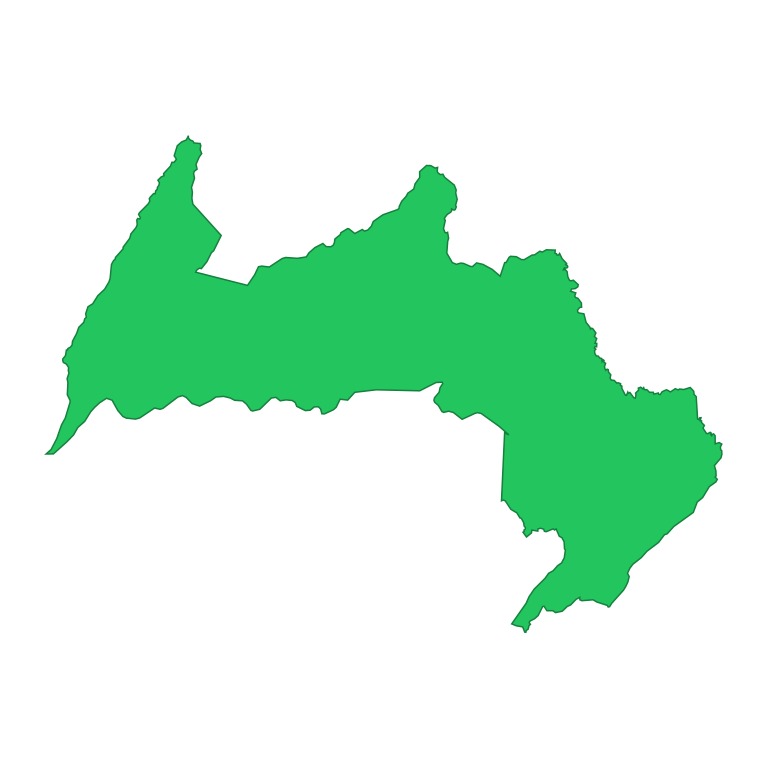 Diamantino, Mato Grosso, Brazil
{"feature_id": "56859067B68124808583770", "entity_name": "Diamantino", "entity_type": "district", "adm_level": 2, "iso_a3": "BRA", "parent_name": "Brazil", "parent_adm1": "Mato Grosso", "projection": "natural_earth1", "projection_center": [-56.801, -14.136], "detail": "fine", "context": "isolated", "style": "filled", "palette": "green", "viewbox_px": 768, "rotation_deg": 0, "n_neighbors": 0, "source": "geoboundaries", "source_scale": "gbopen_adm2", "svg_char_len": 6091}
<svg xmlns="http://www.w3.org/2000/svg" viewBox="0 0 768 768"><path d="M530.0,621.1L534.6,618.7L538.1,615.6L542.7,606.5L544.1,606.3L546.9,610.7L552.8,610.7L555.5,612.6L562.3,611.2L567.2,606.5L570.7,604.9L576.1,599.3L579.8,597.3L579.9,599.8L581.8,600.7L593.1,599.8L596.8,602.0L607.3,605.4L608.2,607.0L609.6,606.7L611.7,603.3L623.4,590.3L625.7,586.6L627.8,582.2L629.2,576.6L627.5,573.3L629.9,568.2L632.8,564.3L641.2,557.7L647.0,551.2L658.6,542.4L664.5,534.7L667.2,533.8L673.8,526.5L693.3,512.4L697.2,502.1L702.7,497.5L709.3,486.6L715.9,481.9L717.3,479.3L715.1,477.1L716.1,475.9L715.9,470.8L714.4,465.6L721.0,457.8L721.9,454.3L721.7,450.6L720.7,449.8L720.4,446.9L721.8,444.1L719.2,442.6L715.2,443.8L715.1,435.6L713.6,433.9L712.2,434.4L711.7,435.7L710.7,434.5L711.2,433.1L710.1,432.3L707.7,433.7L706.4,433.3L703.0,428.2L704.4,425.4L701.6,422.6L701.5,420.8L700.1,420.8L701.0,417.7L699.7,417.8L698.7,419.5L697.6,419.1L696.2,396.6L694.1,394.5L693.7,391.2L690.2,387.5L683.8,389.5L679.5,389.0L678.2,389.9L675.3,388.7L670.5,391.9L666.7,389.8L665.1,390.3L662.1,391.8L660.2,394.6L658.7,394.3L658.3,393.0L653.9,394.1L653.3,392.3L649.5,392.3L646.9,389.7L644.4,389.7L643.7,387.7L642.8,388.8L640.7,387.2L638.3,388.1L638.6,390.1L635.5,393.2L636.0,394.9L635.3,398.2L633.9,397.9L629.9,392.5L628.3,393.3L627.8,392.1L626.5,395.3L625.4,395.2L621.8,388.3L621.9,386.1L620.4,385.3L620.6,383.7L618.1,382.7L616.9,383.2L614.2,380.4L611.3,380.1L610.1,378.1L610.8,374.8L608.6,372.2L608.2,369.6L607.1,369.2L605.7,370.2L605.0,368.8L604.5,366.7L605.6,363.3L603.9,362.2L604.0,360.4L603.1,359.8L602.1,361.4L601.7,358.5L599.7,358.0L598.2,356.1L596.3,355.9L594.8,353.5L594.6,350.5L595.8,349.2L594.3,347.9L594.9,346.7L596.6,346.8L596.8,343.4L595.0,343.2L596.7,338.6L594.4,336.4L595.9,333.0L592.8,328.7L591.7,328.2L590.4,329.1L590.0,327.3L586.1,322.4L583.9,313.8L579.0,313.0L577.7,312.0L577.6,310.0L579.7,307.5L581.6,307.2L581.4,303.0L577.9,298.3L575.5,297.5L574.7,296.0L575.8,292.9L570.6,291.2L571.6,289.0L575.3,288.6L577.9,286.7L578.2,284.6L573.3,280.2L570.6,280.9L569.3,280.0L567.8,276.7L567.1,271.6L565.2,269.4L563.5,269.8L564.3,268.0L567.0,267.9L567.8,266.9L567.3,265.4L565.7,264.8L566.6,263.5L562.1,258.7L559.6,253.5L558.6,255.0L557.1,255.1L556.5,253.8L554.9,253.2L555.3,250.1L546.3,249.8L542.3,252.1L539.9,251.2L534.5,254.9L532.0,255.1L524.3,259.6L521.5,259.6L516.3,256.7L510.5,256.3L509.1,257.3L506.1,262.5L504.7,262.6L500.2,276.2L492.2,269.4L483.0,264.4L476.6,262.9L472.6,266.5L470.6,266.5L463.5,263.4L460.7,263.1L456.4,264.3L452.3,262.6L446.8,253.1L447.7,241.3L448.6,238.3L447.6,232.3L446.1,233.0L444.9,232.3L443.5,228.6L445.3,220.3L444.4,218.9L444.9,217.5L447.4,214.3L450.7,212.2L451.7,210.7L451.6,209.0L454.1,210.1L455.2,209.6L456.3,206.9L455.6,205.2L457.2,199.4L455.7,193.0L456.2,190.0L454.3,185.1L444.7,177.4L442.9,174.2L440.3,174.6L437.8,172.7L437.2,171.0L437.6,167.4L435.1,168.1L430.8,165.6L426.5,165.5L419.6,171.7L419.7,177.5L415.1,183.8L413.7,189.1L407.8,193.2L406.2,196.3L401.7,201.3L399.2,206.5L399.1,208.2L397.8,209.5L382.9,214.8L380.1,216.7L373.3,221.5L371.4,226.2L367.7,230.1L364.5,231.1L362.3,229.5L354.8,233.5L349.0,228.9L347.6,228.6L340.9,232.7L340.3,234.6L334.9,239.0L334.3,243.0L333.2,245.2L330.9,246.8L326.1,246.6L322.9,243.5L314.9,247.6L308.9,252.9L306.3,256.9L297.4,258.3L285.7,257.5L282.2,258.5L269.3,267.0L261.8,266.1L258.5,266.7L254.6,274.9L247.5,285.4L195.7,272.2L196.5,270.3L199.2,268.2L201.4,268.6L206.9,261.7L211.4,252.7L213.7,250.7L221.2,235.5L192.9,204.2L191.9,198.5L192.4,192.1L191.5,187.4L194.5,178.3L193.6,173.3L194.3,171.2L197.1,169.2L196.0,164.4L199.3,156.8L201.7,153.6L200.1,149.4L200.8,145.7L200.1,143.5L194.1,143.0L192.9,141.1L190.2,140.0L188.4,137.9L188.4,135.7L186.4,139.9L181.7,141.9L177.3,145.7L174.2,155.8L176.4,159.2L174.2,162.3L171.9,162.3L170.5,166.1L163.6,173.6L164.0,175.7L161.1,177.0L157.9,180.2L159.4,182.7L158.9,185.2L157.3,187.6L157.3,189.2L155.7,190.8L155.1,193.8L153.6,193.6L150.3,197.1L149.3,198.7L149.8,201.1L148.2,203.9L139.4,212.8L138.6,214.4L140.4,217.8L139.7,219.0L137.7,218.5L136.8,220.0L137.2,224.8L136.1,227.5L130.9,233.9L129.8,238.2L123.1,247.2L123.1,248.9L115.5,257.4L115.1,259.3L113.6,260.5L111.5,264.4L110.1,278.5L108.9,282.0L104.6,289.3L97.8,295.7L92.7,303.8L88.0,306.7L85.7,313.7L86.3,317.3L84.7,318.9L83.8,322.3L78.8,327.3L76.6,333.5L72.5,341.3L72.1,345.0L70.5,347.1L67.9,348.5L67.6,350.0L66.4,350.0L65.5,355.6L62.8,358.9L62.8,360.8L63.4,362.5L66.3,364.0L68.6,367.4L68.3,370.9L69.0,372.9L67.1,378.7L67.9,382.5L67.3,394.7L70.2,400.7L70.0,402.4L65.2,418.3L61.6,424.7L56.8,438.5L51.1,449.5L46.1,454.0L53.4,453.9L66.7,442.0L73.6,434.9L77.8,427.5L84.7,421.4L90.6,411.9L94.7,407.3L99.6,402.8L106.5,398.3L112.1,400.2L117.8,410.5L122.9,416.5L126.3,418.1L135.6,419.1L139.8,417.9L154.6,408.0L160.0,409.3L162.9,408.4L177.9,397.0L182.6,395.6L186.2,397.4L192.0,403.5L199.6,406.1L210.5,400.8L215.9,397.0L223.7,396.4L230.3,398.0L234.6,400.3L242.5,400.8L246.6,404.3L250.9,410.4L252.6,411.0L259.8,409.3L271.4,398.0L276.0,397.4L280.2,400.8L286.0,399.9L292.2,400.5L295.2,402.5L296.8,406.4L305.3,410.6L310.2,410.2L314.3,406.9L318.4,406.8L320.6,409.0L321.9,413.8L324.5,413.9L333.5,409.7L336.2,407.3L340.1,399.2L347.7,400.1L354.8,392.3L376.2,389.8L419.7,390.8L436.1,382.5L442.2,382.2L442.7,383.7L440.1,387.6L439.1,392.3L434.5,397.8L433.9,400.3L434.7,402.3L438.4,405.5L441.9,411.5L443.7,412.4L448.6,411.2L453.4,412.5L462.1,419.3L474.9,413.4L477.2,412.7L481.1,413.4L499.2,426.4L508.9,434.9L504.6,432.9L501.5,500.8L503.2,500.0L505.3,500.9L510.9,509.4L516.8,512.8L519.9,517.9L521.3,518.3L523.7,522.7L524.1,526.0L525.5,527.7L525.1,529.4L524.0,530.1L524.2,531.4L523.0,532.2L526.5,537.0L531.5,532.9L531.8,530.1L537.8,531.1L537.9,529.0L540.6,528.2L543.7,529.2L544.4,531.3L546.2,531.7L553.1,528.9L554.6,530.0L556.1,528.9L559.3,536.3L561.9,537.7L564.1,541.7L564.5,548.9L565.4,549.9L564.3,557.7L561.6,562.9L557.7,565.6L553.2,570.7L548.6,573.3L545.0,578.4L534.3,589.0L529.1,596.6L526.2,603.2L511.7,623.9L516.4,625.8L522.7,626.9L524.7,632.1L525.8,632.3L526.3,630.5L528.2,629.1L529.0,625.7L530.4,624.3L529.1,622.6L530.0,621.1Z" fill="#22c55e" stroke="#15803d" stroke-width="1.5"/></svg>